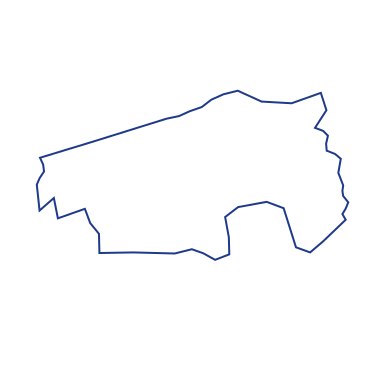 the District of Agago, rotated 256°
{"feature_id": "UGA-5608", "entity_name": "Agago", "entity_type": "District", "adm_level": 1, "iso_a3": "UGA", "parent_name": "Uganda", "parent_adm1": "", "projection": "equal_earth", "projection_center": [33.347, 2.944], "detail": "fine", "context": "isolated", "style": "outline", "palette": "blue", "viewbox_px": 384, "rotation_deg": 256, "n_neighbors": 0, "source": "natural_earth", "source_scale": "10m", "svg_char_len": 812}
<svg xmlns="http://www.w3.org/2000/svg" viewBox="0 0 384 384"><g transform="rotate(256 192 192)"><path d="M262.0,52.8L263.6,84.1L264.8,107.6L269.3,185.0L268.8,197.7L270.9,209.3L272.1,222.1L276.9,233.1L279.2,246.1L279.2,260.9L262.9,281.4L254.0,310.1L257.0,341.0L238.8,342.2L224.5,326.9L219.5,334.1L213.7,337.5L206.4,333.8L199.5,332.7L194.3,340.0L188.2,344.4L175.2,338.6L161.8,340.3L156.7,338.2L151.6,337.7L144.2,341.1L138.8,337.2L134.2,332.6L127.9,334.4L112.3,307.1L104.8,292.0L113.2,279.5L154.1,277.0L164.4,262.0L166.2,233.1L159.7,218.1L139.2,216.8L122.5,213.1L120.6,198.0L129.9,188.0L136.5,178.0L136.5,160.4L147.6,120.3L155.2,87.4L173.9,91.6L186.5,85.7L201.6,84.0L198.9,55.5L219.6,56.5L210.9,39.6L236.7,43.2L242.4,47.6L247.7,53.4L254.7,54.2L262.0,52.8Z" fill="none" stroke="#1e3a8a" stroke-width="2"/></g></svg>